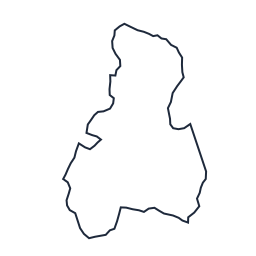 Macuco, Rio de Janeiro, Brazil (Natural Earth projection), rotated 172°
{"feature_id": "56859067B22562861602233", "entity_name": "Macuco", "entity_type": "district", "adm_level": 2, "iso_a3": "BRA", "parent_name": "Brazil", "parent_adm1": "Rio de Janeiro", "projection": "natural_earth1", "projection_center": [-42.27, -22.033], "detail": "fine", "context": "isolated", "style": "outline", "palette": "slate", "viewbox_px": 256, "rotation_deg": 172, "n_neighbors": 0, "source": "geoboundaries", "source_scale": "gbopen_adm2", "svg_char_len": 1344}
<svg xmlns="http://www.w3.org/2000/svg" viewBox="0 0 256 256"><g transform="rotate(172 128 128)"><path d="M58.1,66.7L56.7,74.1L65.8,123.3L72.4,120.0L78.2,119.8L83.3,121.5L85.6,125.8L85.1,131.3L85.4,136.3L85.7,142.1L81.9,147.8L78.9,156.4L73.4,162.7L69.0,167.1L65.8,170.4L66.4,175.7L65.8,183.1L64.6,190.2L67.1,195.7L68.6,200.7L73.8,204.3L77.8,210.6L82.4,212.0L85.9,215.7L90.3,215.5L94.1,218.3L99.0,221.1L104.9,223.5L111.5,227.9L117.1,231.7L122.1,229.8L127.5,226.5L128.6,221.5L131.6,216.3L132.1,209.4L130.0,203.1L126.5,196.6L127.0,190.4L131.4,186.9L133.2,181.7L138.3,182.8L139.0,176.5L140.9,169.0L141.5,163.2L137.9,159.5L139.3,154.4L143.1,149.7L149.9,147.9L155.5,148.1L159.6,145.4L163.6,141.0L167.3,137.1L169.8,128.9L164.4,125.9L160.1,124.0L156.4,120.3L160.1,117.9L163.6,115.1L168.6,112.3L173.2,114.8L178.8,119.6L182.7,112.3L185.2,106.1L189.6,101.1L193.1,95.9L196.3,90.6L199.3,86.5L195.2,82.6L193.6,76.3L195.8,71.3L198.9,65.0L199.1,59.8L197.1,54.8L192.1,51.0L189.4,35.5L186.4,29.3L181.9,24.3L175.7,24.9L170.4,25.1L164.9,25.3L160.2,29.2L155.5,30.1L151.8,37.2L148.7,44.3L146.2,50.4L140.9,49.4L134.7,46.9L128.6,45.0L123.9,42.7L118.7,45.3L112.9,45.3L109.0,42.0L104.3,38.3L95.6,35.1L90.3,32.0L87.0,28.8L81.7,26.0L80.8,31.2L74.2,35.0L68.3,40.6L69.5,48.5L66.0,53.8L64.2,58.7L61.5,63.4L58.1,66.7Z" fill="none" stroke="#1e293b" stroke-width="2"/></g></svg>